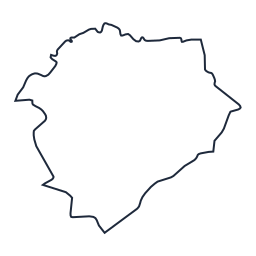 outline of Tiaret
{"feature_id": "DZA-2205", "entity_name": "Tiaret", "entity_type": "Province", "adm_level": 1, "iso_a3": "DZA", "parent_name": "Algeria", "parent_adm1": "", "projection": "albers", "projection_center": [1.387, 34.879], "detail": "fine", "context": "isolated", "style": "outline", "palette": "slate", "viewbox_px": 256, "rotation_deg": 0, "n_neighbors": 0, "source": "natural_earth", "source_scale": "10m", "svg_char_len": 2213}
<svg xmlns="http://www.w3.org/2000/svg" viewBox="0 0 256 256"><path d="M105.8,23.2L107.1,23.6L108.7,24.4L111.4,24.9L117.3,27.6L118.7,28.6L119.6,29.7L120.0,31.0L120.4,34.0L121.1,35.5L122.1,35.6L123.5,35.2L125.5,34.4L128.1,34.0L129.9,35.2L133.4,39.2L136.1,41.2L138.6,41.5L140.0,40.7L141.2,38.1L142.1,37.3L142.9,37.5L143.6,38.3L144.2,39.4L144.8,40.1L146.0,40.7L147.7,40.9L159.7,40.4L169.2,38.2L179.8,37.8L180.9,38.3L181.4,39.5L181.5,40.8L181.9,41.8L182.9,41.8L186.5,40.4L191.3,39.6L200.8,39.6L204.7,55.2L205.0,69.4L205.6,70.4L206.5,71.2L208.4,72.3L209.3,72.6L211.3,73.0L212.0,73.5L212.8,74.7L214.2,77.8L214.8,79.5L215.1,81.3L214.6,83.0L214.5,84.4L214.9,85.4L215.7,86.2L238.9,104.5L240.2,106.1L240.6,107.6L239.8,108.6L238.2,109.5L230.7,111.6L230.4,111.8L228.7,115.4L223.9,128.6L221.7,132.4L214.5,140.8L213.3,151.6L208.7,151.9L200.6,153.4L198.7,154.1L197.8,154.9L197.0,156.8L196.1,158.3L194.5,160.0L184.6,166.0L173.4,176.0L170.9,177.4L157.6,181.6L154.8,183.6L150.9,186.9L145.2,193.2L142.5,197.0L140.8,200.6L140.1,203.2L139.0,206.5L137.3,208.6L104.6,232.8L98.9,225.5L96.7,220.1L95.4,218.1L93.4,216.9L89.3,216.3L72.8,217.2L71.2,216.9L70.6,215.5L70.5,213.3L72.1,197.8L70.2,195.7L65.9,192.2L42.9,184.9L44.9,183.4L51.5,179.8L52.6,178.9L53.2,178.0L53.5,177.2L53.5,176.9L53.5,176.6L36.3,146.2L34.3,139.4L33.7,135.3L33.7,132.5L33.9,130.8L35.2,129.3L45.1,120.6L46.0,118.9L46.2,117.7L45.9,115.7L45.1,114.2L43.0,111.2L41.3,109.5L39.2,108.0L35.6,106.2L33.0,104.6L32.7,104.1L32.5,103.6L32.4,103.3L32.3,100.5L29.4,99.7L15.4,100.8L17.7,94.6L23.2,87.3L26.1,80.5L27.4,78.2L28.8,76.4L30.3,75.3L31.8,74.4L33.4,73.8L34.8,73.4L35.9,73.4L37.6,73.6L41.3,75.1L42.8,75.9L44.3,76.3L45.8,76.1L48.3,74.7L50.2,72.6L55.3,66.0L56.4,63.8L56.6,62.3L55.9,61.5L52.3,59.2L51.2,58.1L50.6,57.3L51.1,54.9L53.2,55.6L54.3,55.8L55.2,55.9L56.0,55.6L56.7,54.9L57.2,53.5L56.9,51.5L57.1,50.6L57.7,49.5L65.1,41.5L66.2,40.7L67.1,40.4L68.3,40.3L69.1,40.6L69.7,40.9L70.3,41.6L70.8,41.9L71.2,41.9L71.8,41.6L71.7,40.7L70.9,39.8L70.3,38.8L70.5,38.0L71.3,37.5L74.4,37.5L79.4,34.2L83.3,32.9L88.9,29.6L91.0,28.9L95.2,28.7L97.7,31.9L98.8,32.3L100.1,32.5L101.2,31.8L101.9,30.5L102.8,26.6L103.5,24.8L104.5,23.4L105.8,23.2Z" fill="none" stroke="#1e293b" stroke-width="2"/></svg>